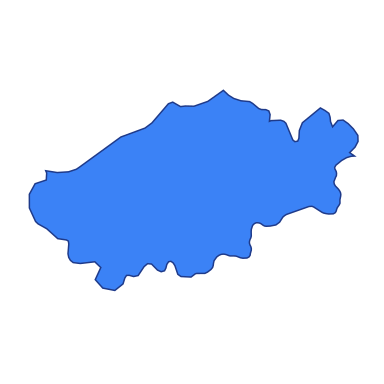 the border of Hérault, rotated 184°
{"feature_id": "FRA-5307", "entity_name": "Hérault", "entity_type": "Metropolitan department", "adm_level": 1, "iso_a3": "FRA", "parent_name": "France", "parent_adm1": "", "projection": "orthographic", "projection_center": [3.158, 43.595], "detail": "fine", "context": "isolated", "style": "filled", "palette": "blue", "viewbox_px": 384, "rotation_deg": 184, "n_neighbors": 0, "source": "natural_earth", "source_scale": "10m", "svg_char_len": 2324}
<svg xmlns="http://www.w3.org/2000/svg" viewBox="0 0 384 384"><g transform="rotate(184 192 192)"><path d="M339.4,203.0L327.8,202.0L316.6,203.5L309.0,206.6L306.3,208.7L266.8,241.9L243.3,252.5L236.8,258.1L221.7,278.4L217.5,280.3L209.4,276.4L204.6,277.3L196.0,277.7L182.5,283.5L167.8,295.6L162.3,291.1L156.8,288.2L149.5,286.4L140.8,286.2L137.7,284.6L131.2,279.9L128.5,279.1L124.1,279.3L121.0,278.2L119.5,274.7L119.7,267.9L118.1,268.7L108.6,269.8L105.3,268.9L103.1,267.1L95.1,251.0L92.9,249.4L90.1,250.1L89.1,253.1L89.2,260.9L86.7,268.8L69.8,284.8L65.1,282.6L60.9,280.0L59.5,276.3L58.7,271.8L56.3,266.8L51.4,273.5L46.3,274.3L41.0,271.1L35.4,266.2L30.5,260.0L29.9,254.0L32.5,248.1L37.5,242.3L32.4,239.2L34.7,238.9L36.1,238.6L40.1,237.1L44.9,233.9L50.3,228.8L51.4,226.5L51.2,225.5L50.9,224.6L50.3,223.8L49.5,222.3L49.1,220.7L49.1,219.0L49.1,218.3L49.2,218.0L49.3,217.8L49.7,217.0L51.2,212.1L50.6,209.8L49.4,208.0L46.4,205.3L45.0,203.7L43.9,201.9L43.4,200.1L43.4,198.3L43.9,194.6L43.6,191.1L44.2,189.5L46.0,186.4L46.5,184.8L46.8,183.1L47.6,181.4L49.5,180.1L54.1,179.6L56.9,179.8L59.3,180.2L60.9,180.8L69.5,185.5L71.3,186.1L74.3,185.7L96.2,176.2L98.0,174.9L99.7,173.2L102.5,168.0L106.0,165.0L111.6,163.5L115.5,163.0L117.1,163.1L118.6,163.7L120.8,165.1L122.3,165.7L124.0,165.9L125.8,165.8L127.6,164.8L129.2,162.9L130.2,159.0L130.2,156.5L129.8,152.3L130.1,150.4L130.8,148.7L131.2,146.9L131.2,145.1L130.5,143.3L129.5,141.6L128.9,139.9L128.8,138.1L129.5,134.7L129.6,133.0L130.5,131.3L132.5,130.0L136.6,129.5L139.2,129.8L143.0,131.0L144.6,131.2L149.4,130.9L150.4,131.0L153.4,131.9L155.0,132.2L156.7,132.2L158.6,131.8L160.7,130.7L162.8,128.9L165.2,125.0L165.6,122.4L165.7,120.2L166.2,118.1L167.7,116.0L170.9,113.2L173.5,111.7L181.6,111.1L182.9,110.7L187.0,107.1L197.1,106.9L200.4,108.9L203.9,117.3L205.8,119.9L208.2,121.4L210.5,120.8L212.1,117.9L212.7,114.4L213.9,111.5L217.2,110.3L221.0,111.7L227.3,117.3L231.3,117.4L234.6,114.2L239.9,104.9L244.3,103.6L248.9,104.5L251.5,104.2L253.0,101.5L254.4,95.5L262.1,88.4L274.3,89.9L282.4,97.8L277.7,110.3L284.1,115.6L298.5,112.9L305.6,113.3L308.5,115.3L310.4,118.1L311.4,121.7L311.3,131.5L311.9,134.4L313.9,135.4L322.7,136.1L334.3,145.2L343.4,149.5L346.0,151.7L353.1,164.7L354.1,178.4L349.1,189.3L338.2,193.8L338.3,200.8L339.4,203.0Z" fill="#3b82f6" stroke="#1e3a8a" stroke-width="1.5"/></g></svg>